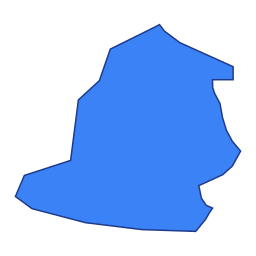 SVG path tracing the border of Hartlepool
{"feature_id": "GBR-2030", "entity_name": "Hartlepool", "entity_type": "Unitary Authority", "adm_level": 1, "iso_a3": "GBR", "parent_name": "United Kingdom", "parent_adm1": "", "projection": "mercator", "projection_center": [-1.233, 54.666], "detail": "fine", "context": "isolated", "style": "filled", "palette": "blue", "viewbox_px": 256, "rotation_deg": 0, "n_neighbors": 0, "source": "natural_earth", "source_scale": "10m", "svg_char_len": 520}
<svg xmlns="http://www.w3.org/2000/svg" viewBox="0 0 256 256"><path d="M159.5,24.6L164.4,31.1L179.9,42.7L233.1,66.7L233.1,79.7L212.5,79.7L212.7,87.6L214.4,92.9L220.0,103.6L222.5,117.5L226.4,130.3L232.4,141.4L240.6,151.1L232.4,166.0L222.7,174.7L198.8,185.6L201.4,198.2L206.3,205.4L212.6,208.1L209.6,212.4L205.7,219.2L195.7,231.4L193.3,231.3L142.1,229.6L85.6,222.7L32.1,208.7L15.4,196.5L24.4,175.4L70.6,160.4L78.4,99.9L99.4,80.6L110.3,49.1L155.3,26.8L159.5,24.6Z" fill="#3b82f6" stroke="#1e3a8a" stroke-width="1.5"/></svg>